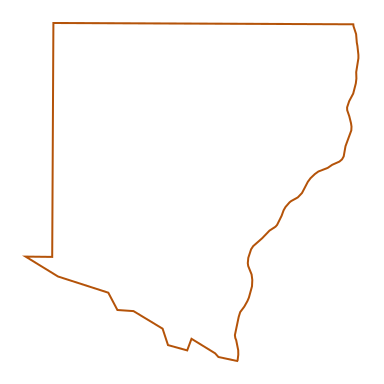 Des Moines, Iowa, United States of America
{"feature_id": "52423323B51046166578501", "entity_name": "Des Moines", "entity_type": "district", "adm_level": 2, "iso_a3": "USA", "parent_name": "United States of America", "parent_adm1": "Iowa", "projection": "natural_earth1", "projection_center": [-91.071, 40.885], "detail": "fine", "context": "isolated", "style": "outline", "palette": "amber", "viewbox_px": 384, "rotation_deg": 0, "n_neighbors": 0, "source": "geoboundaries", "source_scale": "gbopen_adm2", "svg_char_len": 1009}
<svg xmlns="http://www.w3.org/2000/svg" viewBox="0 0 384 384"><path d="M25.6,256.6L58.0,276.5L108.3,292.7L117.4,310.0L133.5,311.1L162.6,328.7L168.0,345.1L187.2,350.4L191.5,338.8L215.1,353.3L218.4,357.0L237.2,361.0L237.6,360.3L238.3,354.7L238.2,350.2L236.2,340.2L235.3,338.0L234.9,335.1L238.7,316.9L240.2,312.1L244.3,306.6L247.4,301.1L248.9,297.6L252.0,286.3L252.3,280.0L251.6,274.5L248.2,266.0L247.8,263.2L248.3,257.8L251.1,249.3L253.2,246.1L262.1,238.3L269.5,230.6L275.5,226.7L277.1,224.9L281.6,215.8L283.6,210.3L285.5,207.0L289.5,202.4L291.1,201.1L297.8,197.4L302.0,193.0L307.9,181.7L308.9,180.4L310.5,178.2L314.8,174.1L318.4,171.5L327.7,167.9L332.2,164.8L339.4,161.6L342.0,159.4L343.7,156.4L345.5,146.2L351.3,130.4L351.5,126.6L351.0,123.2L349.3,116.3L347.2,110.2L347.1,107.4L349.2,101.1L353.2,93.6L355.8,83.5L356.4,78.6L356.2,72.1L358.4,58.3L358.4,54.9L357.4,45.8L356.8,42.6L356.1,34.1L353.6,26.5L353.5,26.2L353.3,24.3L53.4,23.0L52.2,256.9L25.6,256.6Z" fill="none" stroke="#b45309" stroke-width="2"/></svg>